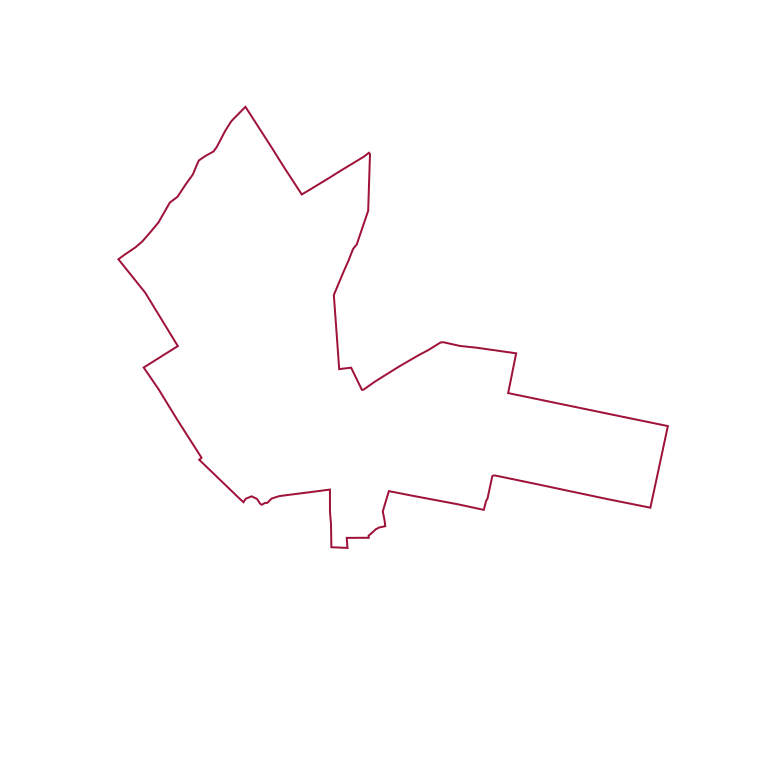 Crangu, Teleorman, Romania (orthographic projection), rotated 126°
{"feature_id": "2599482B25275018283858", "entity_name": "Crangu", "entity_type": "district", "adm_level": 2, "iso_a3": "ROU", "parent_name": "Romania", "parent_adm1": "Teleorman", "projection": "orthographic", "projection_center": [25.064, 43.86], "detail": "fine", "context": "isolated", "style": "outline", "palette": "rose", "viewbox_px": 768, "rotation_deg": 126, "n_neighbors": 0, "source": "geoboundaries", "source_scale": "gbopen_adm2", "svg_char_len": 1509}
<svg xmlns="http://www.w3.org/2000/svg" viewBox="0 0 768 768"><g transform="rotate(126 384 384)"><path d="M547.0,330.6L544.5,326.9L538.1,317.2L530.4,323.7L517.4,306.0L515.7,307.3L510.6,306.1L506.5,305.3L503.0,303.6L498.3,299.4L494.3,303.1L487.8,310.1L467.8,317.1L458.3,296.6L437.5,252.7L427.2,229.3L418.5,232.7L415.9,232.9L398.3,240.7L395.0,242.2L393.7,241.6L392.8,240.5L377.0,205.5L345.8,135.6L327.5,95.8L303.3,106.5L251.2,129.6L274.7,181.5L318.4,278.2L281.5,295.1L300.2,330.4L308.6,345.0L315.4,360.7L317.3,362.7L330.3,368.0L340.7,373.1L359.9,381.6L376.8,388.5L388.4,393.1L400.7,397.3L401.7,398.5L390.1,420.2L398.3,429.0L370.4,452.5L341.5,476.9L316.5,482.8L304.8,485.3L293.0,488.4L287.1,488.1L253.2,498.6L238.9,508.3L206.2,530.5L206.0,531.3L205.8,532.1L209.2,533.1L211.9,533.9L237.3,544.6L251.7,550.4L279.0,561.9L267.1,593.1L259.1,612.9L241.2,659.0L244.3,659.5L257.5,661.5L261.5,662.0L273.0,661.2L290.6,658.6L296.1,658.6L304.7,662.6L312.0,665.2L317.7,664.0L326.7,661.8L338.3,661.8L353.9,661.1L363.1,663.9L381.7,661.9L385.5,661.4L400.5,662.4L410.4,663.3L419.5,665.4L431.6,669.8L439.2,672.2L450.5,630.8L474.5,573.1L511.9,588.1L520.8,563.1L526.9,548.5L534.2,530.8L538.8,519.1L549.3,492.4L550.6,489.0L551.0,488.2L553.9,489.0L561.8,432.3L562.2,428.2L558.3,428.5L552.7,425.1L551.6,419.2L553.1,415.4L553.8,413.0L553.4,411.8L550.4,410.5L548.6,408.5L542.8,407.6L538.5,404.5L536.0,402.6L510.3,375.3L501.2,365.7L501.7,365.3L518.9,352.8L528.3,344.7L547.0,330.6Z" fill="none" stroke="#9f1239" stroke-width="2"/></g></svg>